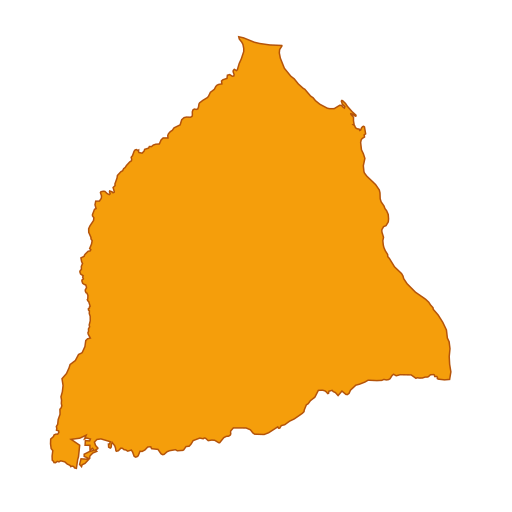 Ampanihy Ouest, Atsimo-Andrefana, Madagascar, rotated 182°
{"feature_id": "10022922B9355726550011", "entity_name": "Ampanihy Ouest", "entity_type": "district", "adm_level": 2, "iso_a3": "MDG", "parent_name": "Madagascar", "parent_adm1": "Atsimo-Andrefana", "projection": "natural_earth1", "projection_center": [44.601, -24.59], "detail": "fine", "context": "isolated", "style": "filled", "palette": "amber", "viewbox_px": 512, "rotation_deg": 182, "n_neighbors": 0, "source": "geoboundaries", "source_scale": "gbopen_adm2", "svg_char_len": 5975}
<svg xmlns="http://www.w3.org/2000/svg" viewBox="0 0 512 512"><g transform="rotate(182 256 256)"><path d="M148.1,131.5L142.8,133.8L139.6,135.8L130.9,135.7L126.0,136.1L123.9,137.1L121.3,136.7L119.2,137.1L117.8,138.0L115.8,141.4L114.4,142.6L111.7,141.2L107.9,142.4L96.8,142.6L92.0,139.4L90.3,140.0L88.6,139.7L85.4,139.9L82.7,140.9L80.6,141.0L79.5,141.4L77.5,143.4L74.3,143.7L73.7,143.4L73.2,141.8L71.1,141.9L70.4,140.9L70.5,139.8L69.5,139.3L63.3,138.8L58.2,139.4L57.2,147.0L58.7,154.5L59.4,162.3L58.9,170.1L60.0,177.0L61.9,180.7L63.1,188.7L67.0,196.2L71.9,203.4L77.0,208.9L77.3,210.5L79.9,213.2L81.8,215.9L85.0,218.7L95.4,225.4L104.1,233.6L107.6,238.5L108.4,241.1L109.9,243.5L117.2,250.0L122.7,258.3L124.3,260.0L124.5,262.1L127.0,265.8L128.5,269.0L129.2,271.5L129.8,275.8L129.2,279.1L131.0,284.3L131.2,286.6L129.5,289.8L127.1,290.9L125.0,294.7L124.8,297.7L125.3,302.1L127.1,305.9L128.8,307.9L129.8,310.4L132.9,314.6L133.9,317.6L134.3,323.4L135.1,326.3L139.0,331.6L148.0,339.6L150.5,342.7L151.1,344.2L151.9,350.0L150.6,357.3L152.3,362.0L154.3,365.8L155.4,373.1L154.9,375.8L154.0,377.1L151.7,378.7L152.1,380.9L150.7,381.9L152.1,388.8L153.0,389.4L154.0,389.0L155.1,387.6L155.8,385.5L156.8,385.1L157.1,386.2L157.6,386.5L159.2,386.6L161.0,387.6L162.1,389.9L163.5,390.7L162.6,391.1L163.3,394.6L163.4,398.1L166.0,400.7L166.2,401.5L165.2,401.4L161.5,399.2L161.0,399.4L161.0,400.2L165.0,403.6L169.9,408.8L171.9,411.6L174.9,414.3L175.8,414.4L176.1,413.7L175.0,410.8L172.4,408.5L172.8,406.9L174.3,407.8L175.7,409.4L177.5,409.6L183.0,406.0L187.5,405.8L189.9,406.2L197.5,409.9L202.0,413.3L204.4,416.1L207.1,417.8L213.0,424.3L214.8,425.3L219.7,429.4L224.0,434.4L227.5,436.9L234.2,444.6L238.6,454.6L239.8,459.8L239.6,463.1L237.4,466.9L237.6,467.3L249.4,467.4L259.8,468.5L265.2,469.6L276.1,473.6L280.9,474.5L280.3,472.3L277.6,469.1L276.4,466.9L275.5,463.0L275.4,459.9L277.6,452.4L279.5,447.8L281.1,441.6L282.0,440.6L284.2,441.8L285.2,440.6L285.3,439.4L284.2,436.5L284.5,435.1L286.0,434.8L288.6,436.4L290.9,435.7L291.2,432.5L295.2,431.0L296.6,429.7L296.1,426.8L299.5,426.1L301.1,425.2L302.1,424.0L303.5,421.1L307.3,418.0L309.0,414.1L310.0,412.7L314.7,409.6L317.7,407.1L318.3,405.9L318.7,402.7L319.4,400.9L320.8,400.4L322.8,400.7L324.1,399.8L324.7,397.8L324.5,394.7L324.8,393.3L326.3,392.4L330.3,392.4L332.7,391.8L335.0,389.6L336.4,384.4L342.4,381.2L344.0,378.7L346.0,377.3L347.7,375.2L348.4,373.4L348.1,370.9L353.0,370.7L354.9,368.7L356.5,364.6L360.1,364.2L362.5,363.3L364.2,361.7L366.4,361.7L367.1,360.1L371.0,358.7L371.4,357.1L373.4,354.8L376.6,355.3L377.0,356.2L377.0,357.8L377.8,357.3L379.1,358.2L380.5,357.8L381.5,356.4L383.0,351.8L384.2,350.3L383.6,348.2L383.9,346.7L385.5,345.6L388.6,342.0L389.8,339.9L391.3,338.7L392.3,336.5L393.9,335.6L397.3,331.7L397.6,329.1L399.5,323.1L399.3,321.4L401.2,319.5L399.9,315.4L400.0,314.7L401.2,314.2L402.2,315.2L404.5,315.9L404.7,315.0L403.9,313.1L404.8,312.2L406.9,313.2L409.3,315.3L410.9,315.4L413.2,314.8L413.7,313.9L412.5,310.7L412.6,308.3L414.4,305.4L418.1,305.2L418.7,301.6L417.5,297.8L419.0,297.1L420.9,291.6L420.8,290.4L419.4,288.6L419.6,285.8L423.0,280.3L424.2,277.4L424.0,273.8L421.6,268.8L421.5,267.3L420.3,265.6L420.8,262.2L422.5,257.6L421.3,256.5L421.9,255.3L423.9,254.9L426.6,252.1L427.5,250.8L427.7,249.7L430.9,248.0L430.1,244.4L429.1,242.4L430.2,239.5L430.0,236.6L431.2,235.2L431.5,234.1L430.7,231.9L428.0,230.2L428.5,228.9L427.7,227.1L429.1,225.9L429.1,224.9L428.3,222.7L426.5,221.5L425.2,221.2L424.6,219.8L424.3,218.3L425.4,216.3L425.4,215.1L424.6,213.4L423.6,212.9L422.6,210.7L422.6,207.2L423.1,206.5L422.5,205.3L421.6,204.6L420.0,200.0L420.7,199.2L420.6,198.3L421.7,197.4L421.5,196.1L420.6,195.4L420.6,192.6L419.6,190.0L419.4,185.4L420.3,181.2L419.8,179.4L420.9,177.3L420.7,175.0L421.3,173.4L420.9,171.9L418.7,168.2L421.4,167.4L423.2,165.5L423.8,159.5L426.2,153.7L426.8,153.0L429.9,151.4L432.9,145.2L438.0,141.1L438.9,137.8L441.3,131.9L445.6,126.6L444.3,119.8L444.8,113.5L446.0,108.5L445.3,105.1L445.4,101.7L444.8,99.6L445.4,97.5L446.6,96.0L446.3,91.0L448.0,85.6L448.3,80.9L449.6,78.6L449.1,76.9L449.3,74.9L447.2,74.4L446.9,72.8L448.0,71.0L449.7,71.0L451.5,70.2L452.1,68.5L454.8,65.9L454.8,61.1L454.0,56.4L452.3,54.4L452.8,49.0L452.5,44.8L451.1,43.6L450.7,42.5L449.2,42.4L447.5,43.8L445.7,43.4L444.0,44.5L439.9,43.6L437.4,41.5L434.6,40.3L433.7,39.0L433.0,39.5L431.5,39.5L430.3,38.6L430.0,37.9L428.1,37.5L427.1,46.5L426.4,49.2L425.6,60.7L434.4,66.3L425.7,67.8L419.5,71.0L421.0,67.2L418.9,68.2L415.1,67.3L415.8,65.4L420.1,65.5L420.2,60.9L415.4,61.0L415.1,56.2L412.6,58.1L411.3,56.1L415.7,54.7L420.8,51.9L420.7,49.7L416.7,48.1L416.4,47.5L416.9,47.0L423.8,47.2L425.0,41.5L423.0,39.4L422.5,41.3L419.7,42.7L415.1,48.0L415.2,49.6L414.8,50.6L412.2,53.4L408.3,55.2L409.6,56.5L407.4,58.0L407.3,58.5L409.7,61.0L411.0,64.4L408.6,67.1L404.6,67.8L395.0,65.3L395.9,63.0L396.9,62.9L396.6,59.8L395.3,59.1L394.7,59.0L394.0,60.1L393.9,62.7L393.2,64.6L390.6,61.5L389.7,59.2L389.2,56.5L388.7,56.0L386.7,56.6L384.3,59.3L382.7,59.1L381.1,57.8L379.5,57.7L377.4,56.5L373.8,57.7L372.5,55.8L370.8,51.6L369.4,50.8L368.0,51.2L366.8,52.2L365.1,56.8L363.0,56.7L360.2,58.3L357.6,61.3L355.8,61.6L354.5,61.6L353.6,59.8L347.2,59.3L344.0,55.0L342.4,54.2L341.0,54.5L338.0,57.3L335.6,58.4L329.8,59.6L327.8,58.6L322.4,59.2L321.5,59.7L319.3,63.1L316.1,63.6L314.3,65.8L312.4,69.3L305.8,72.1L302.4,71.5L301.4,72.3L300.0,72.1L297.3,69.8L293.8,70.5L290.9,70.4L286.7,68.1L285.8,68.1L281.9,73.3L279.4,74.7L277.0,75.0L275.4,76.2L275.0,77.4L275.3,79.2L275.1,80.4L272.6,83.4L259.9,83.8L255.5,82.1L252.9,79.0L251.1,77.9L241.7,77.9L237.2,79.8L228.3,86.0L227.5,84.7L226.3,84.8L224.8,87.4L221.4,88.4L216.7,92.1L212.1,94.5L204.2,100.4L202.6,102.1L202.4,103.8L200.5,109.0L198.7,110.2L196.6,113.3L192.2,117.0L189.0,123.9L184.8,124.2L182.6,123.7L181.1,122.7L179.5,121.0L178.7,121.3L178.4,123.4L175.2,124.4L174.1,123.2L171.9,122.3L169.1,119.4L165.4,124.0L161.3,120.8L159.8,120.7L158.2,122.0L156.9,125.2L151.7,130.4L148.1,131.5Z" fill="#f59e0b" stroke="#b45309" stroke-width="1.5"/></g></svg>